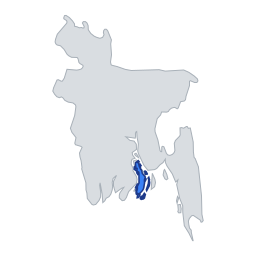 location of Bhola, Barisal, Bangladesh
{"feature_id": "16705992B37732832620169", "entity_name": "Bhola", "entity_type": "district", "adm_level": 2, "iso_a3": "BGD", "parent_name": "Bangladesh", "parent_adm1": "Barisal", "projection": "natural_earth1", "projection_center": [90.703, 22.35], "detail": "medium", "context": "in_parent", "style": "filled", "palette": "blue", "viewbox_px": 256, "rotation_deg": 0, "n_neighbors": 0, "source": "geoboundaries", "source_scale": "gbopen_adm2", "svg_char_len": 5438}
<svg xmlns="http://www.w3.org/2000/svg" viewBox="0 0 256 256"><path d="M86.0,189.9L85.9,182.8L81.7,168.9L82.0,167.4L81.1,160.7L80.0,157.0L79.5,153.0L82.1,147.3L81.0,146.4L75.4,144.7L74.8,143.2L76.0,137.6L71.9,132.3L70.4,128.3L74.7,115.5L75.9,106.6L75.5,104.9L72.9,102.9L68.2,102.1L64.9,100.4L63.0,97.9L61.4,96.9L59.4,97.7L56.8,96.7L54.6,94.2L52.8,91.1L53.6,87.8L57.0,80.0L58.3,79.7L61.2,81.2L62.3,81.2L64.3,78.1L67.0,69.3L76.5,70.1L78.7,69.8L81.1,69.1L82.4,67.9L83.1,66.5L82.9,65.3L80.0,63.6L78.9,62.4L78.1,58.9L77.2,57.5L71.5,57.3L68.6,55.7L67.0,54.2L64.1,49.4L60.5,45.8L57.1,45.0L55.8,43.8L55.1,42.0L55.5,39.4L57.3,34.2L66.7,23.2L67.0,22.0L66.6,20.6L63.9,18.8L63.7,18.0L64.5,15.6L66.0,15.4L69.3,17.5L72.5,20.9L74.5,23.9L74.6,26.3L77.1,26.8L79.3,27.8L81.5,27.5L82.9,28.1L83.9,27.9L84.2,26.5L82.4,23.0L83.3,21.6L85.4,21.6L87.0,23.0L88.1,25.6L88.3,29.8L90.8,33.5L94.2,36.2L96.8,37.4L99.9,38.3L102.6,37.4L104.0,34.8L103.4,32.5L103.8,30.4L104.9,29.2L106.5,29.3L107.8,31.0L111.4,39.9L110.7,43.9L111.5,54.8L110.5,62.0L111.1,64.7L111.7,65.2L117.3,66.6L125.3,69.4L131.4,70.5L159.1,69.7L165.2,71.1L183.7,70.0L188.8,72.3L194.2,76.0L197.3,78.8L197.9,80.4L197.6,81.8L196.5,82.5L194.6,82.5L190.3,80.7L189.5,81.3L189.5,85.6L186.0,96.4L185.5,99.7L184.3,101.0L180.6,101.7L178.2,108.0L177.2,108.8L174.8,107.4L173.3,107.6L171.4,108.2L169.5,109.7L168.3,111.5L166.8,112.1L161.6,112.0L160.6,114.9L157.2,118.7L154.9,128.8L155.1,131.9L157.9,140.0L160.0,150.5L160.7,151.6L161.7,151.7L161.8,146.9L162.7,146.3L163.9,146.8L166.4,153.3L167.7,154.9L169.9,155.4L172.4,154.4L174.2,152.5L174.9,150.5L174.3,143.4L175.4,140.5L179.6,136.2L180.2,134.9L180.0,127.9L181.5,127.6L183.7,128.2L186.4,126.5L187.2,126.5L188.3,128.3L190.3,128.0L193.2,142.0L193.4,151.9L194.1,157.4L195.2,158.6L198.4,166.8L201.5,195.9L201.9,214.3L203.2,220.6L202.1,222.0L201.1,222.2L200.1,220.0L193.3,215.4L191.6,215.8L189.3,218.5L188.4,221.1L188.8,224.6L189.5,228.1L191.2,230.1L191.3,232.3L193.1,240.6L192.6,240.6L188.9,233.1L184.3,225.7L182.8,212.4L182.7,205.8L179.6,198.1L176.7,184.6L177.9,179.9L175.7,182.0L172.3,173.9L167.0,166.0L165.4,162.5L165.3,159.1L163.1,162.5L159.9,164.9L156.7,168.5L154.6,169.6L147.9,170.3L144.0,165.4L138.4,153.6L137.7,150.9L138.4,143.9L137.1,137.4L136.7,131.5L135.8,132.1L135.4,133.7L135.6,136.1L135.2,138.2L125.8,136.8L129.8,140.3L134.1,141.1L136.3,144.2L136.5,149.4L132.2,152.5L132.6,155.1L135.1,158.3L132.1,159.2L131.3,161.3L131.2,164.3L133.3,168.8L132.9,170.6L136.5,176.6L137.1,179.4L136.3,183.5L128.6,191.7L126.4,197.5L124.5,200.2L122.2,200.7L119.3,197.9L119.3,195.1L119.9,192.9L123.8,187.4L121.7,188.2L115.5,192.7L114.3,189.0L113.5,185.7L113.5,181.5L116.5,175.4L113.1,178.4L112.2,182.3L112.6,186.8L112.2,190.0L110.8,194.2L109.0,196.7L106.1,198.3L104.8,200.8L102.8,202.6L102.2,194.2L100.1,182.8L99.6,185.2L100.7,192.3L100.6,196.9L99.0,200.5L95.8,204.4L93.3,205.0L91.9,204.4L87.3,198.5L86.9,193.0L86.0,189.9ZM142.4,190.1L136.7,191.4L133.8,191.0L139.2,180.8L139.1,176.2L138.2,172.5L135.5,169.5L135.3,167.3L134.1,164.4L133.4,161.0L136.5,159.9L139.0,161.9L139.9,165.7L141.1,168.7L145.4,174.7L145.3,178.3L144.1,187.3L142.4,190.1ZM154.6,186.7L151.2,189.4L152.3,173.3L154.9,179.3L155.5,182.5L154.6,186.7ZM167.9,178.7L166.4,179.8L164.9,178.8L163.1,175.0L164.0,170.2L164.6,169.5L166.8,174.4L167.9,178.7ZM180.8,212.7L178.8,212.9L177.8,211.7L178.3,210.1L177.8,204.9L180.3,204.4L181.2,208.7L180.8,212.7ZM178.6,198.1L177.1,203.3L176.5,200.9L177.5,196.4L178.6,198.1ZM138.0,156.0L138.6,157.7L135.4,155.5L134.5,154.0L136.0,153.2L138.0,156.0Z" fill="#d9dde1" stroke="#a8b0b8" stroke-width="1"/><path d="M135.4,166.1L135.7,165.7L136.0,168.1L134.4,169.4L137.3,171.8L136.9,170.2L137.1,168.7L136.8,167.8L137.2,168.6L136.9,170.1L137.3,171.5L138.5,171.9L138.9,172.7L139.1,182.8L137.0,187.1L137.4,187.0L137.4,189.1L136.5,192.1L137.6,193.8L138.4,193.7L140.1,193.1L142.5,190.5L143.5,188.7L144.5,183.2L144.4,179.8L145.3,177.1L142.3,173.4L141.6,170.1L141.2,169.5L140.4,169.5L140.2,169.4L140.7,169.4L139.2,166.3L138.4,162.9L136.6,162.1L135.6,162.7L135.4,166.1ZM149.7,182.7L149.3,180.1L148.7,180.2L148.3,183.7L146.3,189.7L146.7,190.7L149.3,185.8L149.7,182.7ZM139.9,194.6L137.7,194.5L137.1,197.8L138.2,197.6L139.2,196.3L139.9,194.6ZM147.5,174.2L146.2,171.7L145.1,171.0L144.5,171.3L145.6,172.9L147.5,174.2ZM135.9,191.5L136.9,189.3L136.6,186.2L135.6,187.6L136.1,188.1L135.9,191.5ZM142.2,199.2L143.5,198.9L144.1,198.1L144.2,197.5L143.3,196.8L143.9,196.3L142.8,197.2L142.2,199.2ZM140.8,199.1L141.9,197.0L141.7,196.2L141.1,196.3L140.4,197.5L140.3,198.7L140.8,199.1ZM137.2,172.2L137.7,172.0L137.1,172.1L136.7,172.7L137.8,174.5L138.2,174.2L137.6,172.5L138.0,173.0L138.0,172.3L138.1,172.8L138.4,172.3L137.2,172.2ZM149.4,179.3L148.8,177.2L148.0,178.1L148.6,179.3L149.4,179.3ZM134.2,168.5L134.6,168.3L134.5,167.2L134.8,168.2L135.1,167.5L134.9,168.3L135.5,168.3L135.5,166.3L134.2,166.9L134.2,168.5ZM145.4,194.4L144.9,193.9L144.2,194.9L144.8,196.6L145.4,194.4ZM136.7,161.8L138.1,162.1L139.1,161.7L138.3,160.6L136.7,161.8ZM140.8,165.2L140.1,164.2L139.7,165.3L140.5,167.1L140.8,165.6L140.4,165.2L140.8,165.2ZM136.2,186.2L137.5,185.6L137.6,184.1L137.3,184.1L136.2,186.2ZM146.6,174.2L145.0,172.4L144.9,172.4L145.3,174.3L146.6,174.2ZM143.7,195.7L144.2,194.0L144.1,193.6L142.5,196.1L142.5,196.9L142.9,196.0L143.7,195.7ZM136.3,194.1L136.8,194.4L137.3,194.0L136.3,192.4L136.0,192.7L136.3,194.1ZM145.5,180.5L146.0,179.6L145.9,178.1L145.3,179.6L145.5,180.5Z" fill="#3b82f6" stroke="#1e3a8a" stroke-width="1.5"/></svg>